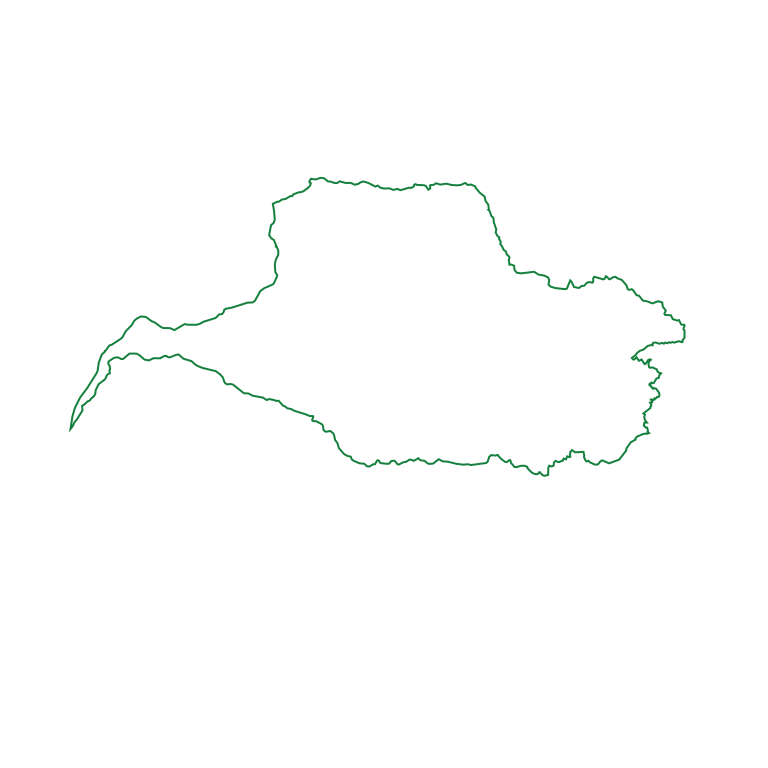 the district of Herveo, Tolima, Colombia, rotated 47°
{"feature_id": "7082276B3940342655765", "entity_name": "Herveo", "entity_type": "district", "adm_level": 2, "iso_a3": "COL", "parent_name": "Colombia", "parent_adm1": "Tolima", "projection": "albers", "projection_center": [-75.226, 5.036], "detail": "fine", "context": "isolated", "style": "outline", "palette": "green", "viewbox_px": 768, "rotation_deg": 47, "n_neighbors": 0, "source": "geoboundaries", "source_scale": "gbopen_adm2", "svg_char_len": 6165}
<svg xmlns="http://www.w3.org/2000/svg" viewBox="0 0 768 768"><g transform="rotate(47 384 384)"><path d="M214.3,370.3L217.6,373.5L219.2,378.2L222.1,382.3L228.1,387.2L231.4,387.8L232.4,389.0L235.3,395.9L235.3,397.6L232.2,406.4L231.7,411.1L235.1,421.6L234.8,424.4L231.4,428.4L224.4,443.1L221.3,448.0L220.7,450.1L221.9,452.0L222.5,454.6L220.7,457.3L220.9,461.5L220.5,463.0L215.4,473.4L214.5,477.3L212.8,480.8L206.9,487.0L204.2,489.0L201.6,500.6L197.3,502.3L192.9,506.9L190.6,508.2L183.0,509.6L179.3,511.2L172.8,512.4L171.5,513.3L168.9,515.7L167.6,519.8L167.4,523.5L168.9,528.5L169.3,537.1L171.4,543.1L171.5,545.4L169.6,556.3L168.5,558.6L169.8,565.2L169.4,565.7L170.1,566.9L169.9,570.1L173.8,578.0L178.8,584.1L179.9,586.3L184.6,603.9L186.6,615.3L190.7,626.4L195.1,633.8L203.1,644.0L202.5,640.2L201.0,636.9L200.4,632.6L197.7,622.5L194.1,619.7L194.7,616.8L194.5,612.9L195.4,610.6L194.9,608.1L195.1,604.5L194.3,601.9L191.9,599.1L189.5,592.8L190.3,584.8L188.4,579.9L189.2,577.1L186.9,575.7L186.4,574.3L184.0,572.5L180.9,571.7L179.7,570.1L179.8,569.2L180.7,563.8L181.7,561.9L183.5,560.2L186.6,559.1L187.7,557.9L188.2,549.4L193.1,544.2L196.2,543.2L202.8,542.5L206.4,539.9L208.0,534.9L212.5,530.2L213.7,525.4L215.1,524.0L217.0,523.7L218.4,522.6L221.0,516.0L222.3,514.1L228.8,513.4L235.9,509.2L240.8,508.8L243.9,507.9L248.6,505.7L259.8,498.3L265.1,497.3L269.5,497.4L273.4,499.3L275.5,499.6L277.3,498.9L279.5,496.1L281.5,494.8L295.1,492.8L298.5,489.6L302.9,488.1L311.4,481.8L315.8,480.7L316.7,478.2L321.6,474.8L322.8,474.5L324.4,472.5L331.1,472.6L333.5,471.5L335.8,471.3L339.1,468.9L342.4,467.9L351.9,462.4L356.9,460.1L359.0,457.8L359.9,458.2L361.2,461.0L361.9,461.2L363.0,461.0L365.1,458.9L371.1,456.9L372.8,457.1L376.3,459.5L378.3,459.5L379.6,458.7L381.7,455.3L385.1,454.8L386.8,455.1L391.6,457.9L395.6,458.4L400.0,460.7L407.6,461.0L411.1,460.1L414.5,457.9L417.3,459.0L419.3,458.6L425.2,456.1L428.9,452.8L432.6,452.6L434.5,450.8L435.3,446.7L436.5,445.3L435.3,441.4L435.6,440.4L437.0,440.0L438.5,440.6L439.8,440.2L444.6,436.1L445.7,434.5L445.4,431.1L446.9,428.9L448.7,428.5L451.6,428.9L453.0,428.2L454.4,423.2L456.0,421.0L456.6,417.1L457.5,416.1L460.6,414.5L461.7,409.5L464.5,409.4L467.9,406.7L471.7,406.3L473.3,405.4L475.8,402.1L476.3,395.3L480.8,393.7L484.1,390.5L491.7,385.5L496.9,381.2L499.9,377.4L502.6,375.6L511.5,363.1L511.4,360.9L509.1,356.9L509.1,354.2L512.5,351.1L513.3,349.3L518.5,349.4L523.4,348.6L524.8,347.6L525.2,344.2L525.8,343.6L528.3,344.9L533.7,345.1L535.3,343.7L536.9,340.1L539.6,337.0L542.4,335.7L543.6,336.5L549.6,336.3L552.5,335.2L554.2,333.8L554.8,332.2L554.3,330.9L554.7,330.2L558.9,330.2L560.7,329.1L562.4,326.0L557.3,320.9L556.4,318.8L558.4,317.8L559.5,315.8L557.3,313.2L557.2,311.0L560.2,309.7L562.0,305.5L561.1,303.5L563.2,302.3L561.9,299.3L564.2,298.1L564.1,297.1L562.3,296.1L560.8,293.9L560.5,291.6L564.3,290.8L569.7,284.4L573.0,286.4L573.9,287.6L577.9,288.9L578.9,288.5L579.5,286.9L582.1,286.7L587.0,284.6L588.7,282.3L588.2,278.6L588.6,276.5L595.5,273.5L599.7,263.6L597.8,252.0L596.5,250.8L594.9,243.2L596.2,237.9L595.3,237.3L595.1,234.6L597.2,228.9L598.6,226.4L599.6,226.0L600.6,223.6L598.7,223.7L598.0,222.7L595.3,221.3L594.3,222.3L591.6,222.4L589.9,220.0L591.5,218.0L588.4,217.8L585.5,216.1L584.4,214.1L582.5,214.4L583.2,205.5L582.5,205.1L582.2,203.2L579.2,202.1L580.2,201.3L580.2,200.0L577.4,199.4L577.9,198.6L579.3,198.2L579.9,196.5L579.0,195.9L580.0,194.5L579.7,193.2L580.8,191.8L580.3,190.4L578.1,188.8L572.9,188.2L571.4,189.3L571.2,190.3L569.8,189.9L569.3,190.7L567.4,190.2L565.7,190.6L565.2,189.8L564.4,189.8L565.9,189.1L565.3,187.4L566.7,186.9L567.2,186.0L565.8,181.0L566.9,178.8L565.4,176.9L565.2,174.1L562.2,175.6L559.1,174.6L555.0,176.3L553.6,178.3L552.7,178.7L550.3,177.4L548.3,175.3L548.3,172.3L547.6,172.4L546.6,174.1L547.6,178.7L547.1,179.9L541.8,178.9L540.9,181.7L536.8,181.1L536.8,184.2L536.1,185.0L534.0,185.0L534.5,180.0L533.9,177.5L534.2,174.4L535.8,170.6L536.0,165.2L537.7,162.0L538.9,161.1L537.6,160.0L537.5,158.9L539.0,157.0L542.3,155.2L543.8,152.4L545.4,151.8L545.4,150.2L547.5,148.9L547.9,147.0L549.3,146.3L550.1,144.3L551.8,143.4L553.6,139.3L556.6,137.6L556.8,136.8L555.7,136.0L555.1,132.7L550.0,127.8L548.0,127.6L546.5,124.6L545.5,124.0L544.0,125.6L542.9,126.0L538.4,124.7L537.7,126.2L533.5,128.6L529.5,127.3L525.1,131.3L523.8,131.0L522.5,127.9L517.5,127.3L514.1,124.9L510.5,127.0L508.2,132.6L502.3,135.6L499.6,137.8L493.3,137.3L491.4,138.7L484.8,137.8L483.6,138.2L482.3,140.6L480.7,141.0L477.3,139.4L470.0,139.1L466.2,141.1L463.5,141.6L462.2,143.5L461.5,147.4L460.7,147.9L457.8,147.8L456.5,148.3L457.5,150.7L457.1,152.2L449.1,157.0L449.4,158.9L451.9,161.3L452.0,162.6L449.8,164.0L448.3,166.4L448.7,170.6L447.1,172.7L446.7,176.0L442.6,178.9L437.9,177.3L435.3,177.2L438.9,185.0L438.4,186.6L430.8,193.2L426.4,195.7L423.6,196.0L420.5,192.1L418.0,191.4L413.9,192.9L409.5,196.3L404.3,197.7L396.7,208.1L393.2,211.0L389.5,210.7L386.2,208.2L383.2,209.6L382.3,210.9L378.5,208.2L377.2,206.1L376.1,205.6L372.9,205.8L370.3,204.5L367.5,205.0L363.6,203.7L360.9,203.5L359.8,201.7L356.1,200.8L355.5,199.7L352.5,200.0L349.2,198.9L347.6,196.5L340.7,193.4L337.1,190.7L334.3,190.9L329.7,188.8L327.9,188.9L328.1,188.4L323.9,185.4L319.6,185.0L315.5,182.6L309.4,183.5L303.3,183.2L301.7,182.5L297.5,184.3L295.4,187.1L292.4,187.4L290.8,192.0L288.6,195.0L284.6,198.8L280.0,201.8L276.5,206.9L272.7,209.0L272.2,211.8L270.2,214.4L270.3,215.1L272.6,216.9L272.1,219.1L267.7,218.3L265.9,219.2L260.9,224.1L259.3,224.7L258.8,226.0L259.8,227.4L259.2,230.3L257.4,232.0L253.5,239.8L250.5,241.1L248.4,244.8L244.6,246.6L241.0,250.7L238.1,252.7L234.7,253.2L233.7,255.7L226.1,258.4L221.7,261.1L220.5,263.7L220.1,266.4L218.4,269.4L214.3,271.2L210.5,275.2L205.6,278.1L205.1,281.2L203.1,283.2L199.7,284.9L197.5,286.9L193.4,287.3L192.0,288.0L189.8,290.0L187.9,294.4L184.1,297.5L185.1,300.6L185.6,301.0L187.3,300.6L188.5,302.7L188.7,306.1L188.1,311.4L186.9,314.2L185.6,315.6L183.5,321.1L184.0,322.9L182.7,324.5L181.5,329.8L179.4,333.1L179.0,336.5L178.0,337.5L176.4,342.4L182.6,346.5L189.3,351.8L190.8,354.4L190.9,358.4L196.8,366.5L200.6,367.1L203.6,366.3L208.8,368.3L209.6,369.2L209.9,368.7L214.3,370.3Z" fill="none" stroke="#15803d" stroke-width="2"/></g></svg>